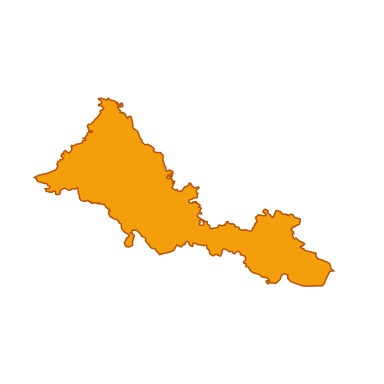 map outline of Orenburg (Robinson projection), rotated 14°
{"feature_id": "RUS-2391", "entity_name": "Orenburg", "entity_type": "Region", "adm_level": 1, "iso_a3": "RUS", "parent_name": "Russia", "parent_adm1": "", "projection": "robinson", "projection_center": [55.668, 52.426], "detail": "fine", "context": "isolated", "style": "filled", "palette": "amber", "viewbox_px": 384, "rotation_deg": 14, "n_neighbors": 0, "source": "natural_earth", "source_scale": "10m", "svg_char_len": 6052}
<svg xmlns="http://www.w3.org/2000/svg" viewBox="0 0 384 384"><g transform="rotate(14 192 192)"><path d="M300.8,207.7L300.0,207.7L299.6,209.2L301.8,212.6L303.4,212.4L304.0,211.5L307.9,213.5L313.1,214.5L313.9,215.3L312.8,216.4L312.7,217.3L310.4,218.6L310.4,219.3L311.0,219.7L314.2,220.1L315.1,221.3L327.2,221.5L327.5,224.0L330.0,226.2L335.8,226.6L337.9,227.3L339.4,227.0L342.8,228.2L345.6,233.0L348.5,234.3L345.8,235.2L344.8,236.2L342.9,244.9L342.6,248.2L341.6,250.8L340.7,251.6L324.9,255.9L322.0,256.3L309.9,255.1L306.2,253.0L305.6,252.0L305.0,249.3L301.6,249.0L299.9,249.9L298.7,252.9L298.7,255.5L296.0,259.5L294.8,260.6L290.4,260.9L287.6,262.7L285.9,261.5L285.5,260.5L286.2,259.9L288.6,259.9L288.6,258.9L285.0,257.0L280.2,257.6L278.0,255.9L270.1,255.3L266.8,253.6L264.9,251.1L262.5,251.3L262.0,250.9L262.1,249.0L261.8,248.6L259.8,248.6L259.1,247.5L259.2,246.4L260.4,245.0L260.4,242.8L258.2,241.4L254.1,241.1L253.7,239.7L252.0,238.2L249.6,239.2L248.7,241.3L248.0,241.7L246.5,241.3L245.4,240.1L242.0,240.9L240.6,239.9L236.5,239.3L235.5,241.0L235.7,245.9L235.3,247.0L234.3,247.4L230.4,246.6L227.9,248.8L226.5,248.7L224.1,247.4L222.3,243.8L220.1,243.1L219.6,241.0L218.8,240.1L216.4,241.2L212.7,241.2L210.5,241.8L207.4,240.8L206.2,241.1L205.2,241.9L206.0,244.3L205.4,244.8L202.8,244.3L200.2,241.3L199.3,241.0L197.7,242.5L198.0,244.5L195.7,245.6L195.2,247.5L194.7,247.9L190.1,247.1L188.5,252.8L187.9,253.7L183.6,256.5L178.8,258.7L175.7,260.7L173.2,258.6L171.8,258.2L170.2,256.1L166.7,256.3L165.5,255.8L159.1,251.0L158.5,250.1L158.5,248.7L158.1,247.9L153.7,246.9L151.3,244.7L147.7,242.8L146.3,242.7L143.3,243.6L143.0,244.0L143.6,245.4L142.4,246.3L146.3,247.8L146.6,249.3L145.9,250.5L146.6,251.4L146.2,254.3L147.3,258.1L144.8,260.3L142.2,261.0L140.3,260.1L139.3,259.0L138.7,257.5L140.0,252.1L141.8,250.0L141.6,249.0L135.8,247.1L132.1,243.9L131.1,240.2L128.4,239.4L127.8,238.1L126.1,237.0L123.9,237.0L118.6,235.7L116.3,233.2L116.3,231.4L115.8,230.9L117.0,230.2L116.8,229.6L112.3,227.7L111.0,226.1L109.3,225.4L105.5,225.7L104.1,225.0L103.6,225.4L103.9,226.0L100.4,225.9L97.7,227.3L96.0,226.7L96.4,226.1L94.2,226.0L93.0,225.3L89.8,227.2L86.3,227.0L84.4,225.4L83.5,222.7L81.6,219.8L80.4,216.0L79.7,215.6L78.2,217.4L75.1,217.7L73.4,219.8L71.8,220.0L68.6,219.1L67.0,219.3L64.0,222.2L64.4,225.8L61.8,227.2L60.5,227.3L59.8,226.2L59.7,224.9L58.7,224.3L58.0,224.3L56.7,225.8L55.2,226.5L50.6,226.6L48.7,224.3L52.3,223.3L52.9,222.4L52.7,220.9L50.3,220.4L48.8,218.8L47.0,219.4L40.0,219.0L39.3,218.8L37.6,216.7L35.5,216.2L39.3,212.8L42.2,211.6L43.6,210.3L45.6,209.8L54.4,203.7L55.6,199.5L55.5,198.9L54.3,198.1L54.6,194.8L56.2,194.0L56.3,192.4L58.3,191.9L58.9,191.2L58.3,190.1L56.8,189.2L56.4,188.3L56.6,186.5L58.6,186.6L57.6,184.6L58.5,182.9L59.5,182.5L61.9,183.8L63.8,183.4L64.5,181.9L65.2,178.6L63.7,177.5L64.0,175.9L66.3,175.7L68.0,173.8L73.3,171.4L73.7,168.5L76.4,167.5L76.2,166.8L73.6,166.2L75.6,164.9L75.6,163.2L76.7,161.9L76.1,160.4L77.0,159.5L77.6,157.6L76.5,156.7L75.8,154.8L74.9,154.3L74.5,152.6L75.2,151.4L77.5,150.9L78.6,148.4L79.5,147.5L80.4,144.8L82.1,142.7L84.2,137.6L83.2,135.7L86.3,132.8L86.1,132.2L85.0,131.7L83.9,130.3L80.4,130.7L80.1,129.5L82.3,128.6L82.7,128.1L82.6,127.1L81.7,125.7L79.0,124.7L78.6,124.1L80.8,123.1L87.1,123.3L88.1,121.3L90.6,122.5L94.1,122.3L98.9,123.7L98.9,124.4L97.9,124.7L99.2,125.2L101.3,125.0L101.7,124.5L101.1,123.6L102.0,122.8L102.7,122.8L104.0,124.6L104.0,126.0L102.2,126.2L101.6,127.0L100.1,126.7L99.2,127.2L101.9,130.3L103.4,130.8L102.8,132.3L104.2,132.4L106.1,131.5L108.1,132.4L108.7,132.9L108.9,133.9L110.4,134.9L111.3,136.1L112.4,134.4L114.1,133.3L114.9,134.0L117.6,139.2L119.3,144.1L124.3,146.3L125.4,147.3L128.7,152.4L130.7,153.6L131.4,155.8L134.9,157.5L135.8,157.6L137.3,156.3L143.5,158.2L144.8,159.3L144.7,161.6L146.4,161.9L146.8,162.6L152.0,161.3L152.9,162.4L155.0,163.2L156.0,167.7L159.0,173.1L160.6,174.4L161.6,177.6L163.9,177.3L164.5,176.2L167.1,176.4L168.6,177.1L169.0,178.9L167.5,178.9L167.0,179.7L167.4,180.3L168.9,180.7L168.9,181.6L167.0,182.5L166.5,182.2L166.2,181.0L165.1,180.9L164.7,181.5L165.0,182.9L164.1,184.0L166.0,184.8L167.3,183.8L168.7,183.6L169.8,184.7L169.9,186.0L172.5,185.9L172.7,186.6L172.0,186.9L172.4,188.0L171.1,188.4L172.1,189.3L171.7,192.5L172.2,193.4L175.8,194.2L176.4,193.3L177.2,193.3L177.9,194.6L178.9,195.0L180.2,194.0L181.5,193.9L182.4,192.7L183.5,188.8L184.3,188.9L187.6,185.6L187.0,184.1L188.9,184.1L190.6,186.1L193.1,187.4L197.0,185.6L197.6,185.9L197.8,186.2L197.2,187.5L196.0,188.3L195.7,189.2L196.6,191.4L198.1,192.0L197.9,193.4L198.3,196.2L194.9,197.7L193.6,199.2L191.1,200.4L190.9,201.2L191.5,202.4L192.3,203.0L194.7,203.0L195.1,202.8L195.1,201.7L198.5,200.3L198.8,200.7L197.5,201.6L199.9,201.6L203.2,203.0L202.3,205.2L204.2,205.1L205.0,205.6L204.1,208.9L204.7,209.9L206.3,210.0L206.6,210.9L203.2,211.5L202.9,213.9L203.2,214.4L207.1,215.8L207.2,216.8L206.0,217.6L207.4,219.5L206.7,220.9L207.0,221.8L207.9,222.2L210.3,221.9L211.0,221.0L210.9,218.7L208.4,217.1L208.4,216.4L209.3,216.3L211.0,217.2L214.0,217.2L214.8,219.6L217.0,220.1L218.3,222.4L219.9,222.9L225.5,220.2L225.9,217.8L226.3,217.4L229.0,217.7L230.3,216.6L232.3,216.0L231.9,214.8L233.1,213.8L232.8,212.4L233.5,212.2L234.6,212.4L235.1,213.4L236.6,213.7L239.4,213.0L241.1,213.5L241.7,213.8L241.9,214.9L242.7,215.3L245.4,214.9L246.8,215.5L246.8,216.6L247.4,216.9L250.4,216.8L251.5,216.5L252.0,215.7L253.4,216.3L254.3,215.6L257.1,216.1L258.4,215.7L259.3,214.9L259.7,211.9L260.7,210.7L261.0,206.7L262.5,205.7L262.4,204.6L261.3,203.9L260.7,202.2L259.8,201.6L259.9,200.9L262.3,197.8L267.0,197.9L269.4,196.8L268.7,195.5L265.7,194.3L266.1,191.8L267.2,191.0L270.3,191.8L270.4,193.9L273.5,195.4L276.1,197.4L277.1,195.9L278.0,189.8L278.7,189.5L282.6,189.6L285.7,191.7L287.0,190.9L290.2,190.9L290.0,191.7L290.5,191.9L291.6,191.5L293.0,189.8L294.0,189.4L295.8,189.9L297.7,191.9L303.4,191.9L304.1,194.0L303.9,197.4L301.3,199.4L300.6,200.6L298.7,201.1L298.1,202.9L297.4,203.8L297.5,205.1L299.7,205.9L300.8,207.7ZM79.9,158.8L80.7,157.4L79.3,156.9L78.6,158.3L79.9,158.8Z" fill="#f59e0b" stroke="#b45309" stroke-width="1.5"/></g></svg>